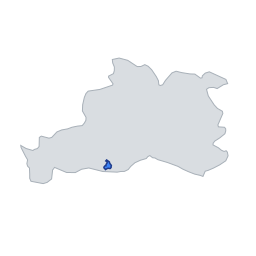 Vuzenica highlighted on a map of Slovenia, rotated 189°
{"feature_id": "SVN-1005", "entity_name": "Vuzenica", "entity_type": "Municipality", "adm_level": 1, "iso_a3": "SVN", "parent_name": "Slovenia", "parent_adm1": "", "projection": "orthographic", "projection_center": [15.169, 46.568], "detail": "fine", "context": "in_parent", "style": "filled", "palette": "blue", "viewbox_px": 256, "rotation_deg": 189, "n_neighbors": 0, "source": "natural_earth", "source_scale": "10m", "svg_char_len": 2105}
<svg xmlns="http://www.w3.org/2000/svg" viewBox="0 0 256 256"><g transform="rotate(189 128 128)"><path d="M231.2,94.0L225.4,91.8L218.4,90.9L217.1,92.2L214.3,93.5L212.9,95.8L214.1,104.8L212.4,106.4L204.5,105.6L201.9,106.7L197.6,113.0L193.2,115.7L187.5,117.7L183.4,120.0L178.1,122.0L173.6,123.2L171.9,126.0L170.8,129.0L171.1,131.9L175.7,137.7L176.4,143.9L175.9,151.4L174.9,155.5L173.1,158.2L161.8,161.7L150.0,167.9L149.7,169.3L155.1,174.9L155.3,176.2L150.9,179.4L150.5,182.5L151.0,186.1L153.3,189.9L154.2,193.2L147.7,195.7L138.9,194.8L128.5,190.1L124.8,190.8L121.3,193.2L117.7,192.1L113.7,189.2L108.1,183.2L105.4,179.5L104.3,175.5L102.8,175.0L100.5,176.1L98.5,180.8L93.2,189.3L89.4,191.6L83.6,191.1L75.4,191.1L70.4,191.7L64.2,188.6L62.7,189.2L62.7,191.2L60.3,194.3L56.5,196.2L38.9,191.3L36.5,187.4L40.5,185.7L46.1,180.9L49.8,181.5L54.4,180.5L56.5,178.5L53.7,172.2L46.5,164.3L42.7,161.3L37.4,159.3L36.6,157.2L39.7,145.1L38.9,143.3L32.8,143.8L31.4,142.5L31.0,140.4L31.4,137.5L35.6,132.8L40.2,128.7L41.5,126.4L41.4,124.6L35.6,122.6L32.2,120.6L29.4,119.9L27.5,120.9L26.1,119.7L24.8,116.2L26.3,110.9L31.6,106.0L37.3,101.8L42.2,98.7L45.0,97.4L46.4,91.9L49.3,92.5L55.0,92.9L61.4,94.3L67.3,95.9L72.6,97.9L83.6,100.1L93.6,101.4L96.6,102.6L99.1,102.5L102.1,104.2L103.9,102.9L105.2,100.7L110.7,98.1L115.7,94.8L119.3,90.5L121.3,87.0L124.7,84.6L128.4,83.9L131.8,82.7L146.0,81.1L160.5,82.4L167.4,80.0L173.1,75.7L181.5,74.5L181.9,74.5L194.4,77.6L195.3,75.7L195.9,74.9L195.5,65.7L199.4,61.6L203.1,59.8L215.5,60.2L217.2,62.9L217.9,67.3L219.1,73.1L221.2,74.6L222.3,76.9L222.2,80.9L224.7,83.9L230.5,91.9L231.2,94.0Z" fill="#d9dde1" stroke="#a8b0b8" stroke-width="1"/><path d="M143.8,83.4L144.3,84.0L144.5,84.2L144.7,84.3L145.0,84.4L145.4,84.8L145.6,85.1L145.6,85.5L145.5,86.0L144.9,86.9L144.6,87.2L144.2,87.3L143.9,87.3L144.0,87.8L144.0,88.2L143.8,89.0L143.4,89.6L143.3,90.2L143.2,90.7L143.6,91.5L144.8,92.0L144.1,93.1L141.1,91.6L140.8,90.8L140.1,89.8L139.1,89.0L138.5,88.1L138.7,87.2L138.5,86.5L138.9,85.7L139.1,85.3L140.0,85.1L140.9,85.2L141.9,84.9L143.8,83.4Z" fill="#3b82f6" stroke="#1e3a8a" stroke-width="1.5"/></g></svg>